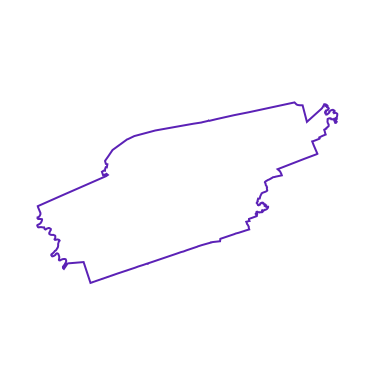 Caldararu, Arges, Romania, rotated 348°
{"feature_id": "2599482B11368679427282", "entity_name": "Caldararu", "entity_type": "district", "adm_level": 2, "iso_a3": "ROU", "parent_name": "Romania", "parent_adm1": "Arges", "projection": "natural_earth1", "projection_center": [24.963, 44.455], "detail": "fine", "context": "isolated", "style": "outline", "palette": "violet", "viewbox_px": 384, "rotation_deg": 348, "n_neighbors": 0, "source": "geoboundaries", "source_scale": "gbopen_adm2", "svg_char_len": 5884}
<svg xmlns="http://www.w3.org/2000/svg" viewBox="0 0 384 384"><g transform="rotate(348 192 192)"><path d="M240.2,240.5L240.1,239.5L240.1,238.9L240.3,237.6L240.2,237.3L240.0,236.8L239.8,235.9L239.6,235.4L239.3,235.0L238.9,232.4L242.2,232.3L242.0,231.6L242.0,230.5L242.1,230.2L250.0,229.1L250.4,229.0L250.5,228.8L250.1,228.1L250.0,227.6L250.3,227.4L250.7,227.7L250.9,227.7L251.1,227.4L251.1,226.1L250.9,225.8L250.6,225.8L250.8,225.6L250.8,225.1L250.9,224.9L251.1,224.8L251.9,224.9L252.2,225.3L252.3,225.6L252.5,225.6L252.9,225.6L253.3,225.7L253.6,226.0L253.9,226.1L254.3,225.9L255.0,226.1L255.5,226.2L256.2,226.3L256.6,226.3L257.1,225.9L257.1,225.6L256.8,225.3L256.6,224.9L256.7,224.5L257.0,224.4L257.3,224.6L257.8,225.3L258.3,225.0L258.9,224.9L259.1,224.6L259.6,224.5L260.2,224.7L261.8,224.2L263.0,223.2L263.4,222.4L263.4,222.2L263.0,222.1L262.3,222.1L261.6,222.0L261.4,221.9L261.4,221.6L261.6,220.9L261.4,220.9L260.9,221.1L260.5,221.0L260.2,220.7L260.4,220.4L260.6,220.4L261.1,219.9L261.2,219.6L261.0,219.4L260.8,219.6L260.7,219.8L260.2,219.9L260.1,219.5L259.9,219.0L259.7,218.4L259.7,217.9L259.5,217.6L259.3,217.4L259.1,217.7L258.7,217.8L258.5,217.7L258.0,217.0L257.9,217.0L257.7,217.2L256.8,217.2L256.7,217.5L256.3,217.7L256.1,217.9L256.1,218.2L255.7,218.6L255.2,218.6L254.5,218.9L253.8,218.5L253.7,217.9L253.5,217.0L253.0,216.2L253.3,215.6L254.1,215.2L254.4,214.9L254.4,213.7L254.9,213.3L255.3,212.2L256.8,212.5L257.1,212.1L257.8,210.5L258.6,209.4L259.4,208.5L259.8,207.8L261.1,207.4L264.0,207.0L265.3,206.6L265.9,206.2L266.0,203.6L266.4,203.0L266.2,202.3L266.2,201.8L265.9,201.3L265.6,200.5L265.7,198.8L265.4,198.2L265.3,197.8L265.3,197.6L265.4,197.4L265.7,197.2L266.7,196.7L267.8,196.4L268.5,196.1L268.9,196.0L269.7,195.9L270.2,195.8L270.6,195.6L270.9,195.6L272.2,195.2L272.4,195.0L273.4,194.8L273.9,194.5L274.3,194.4L276.1,194.5L276.8,194.4L283.3,194.4L283.1,192.8L282.7,191.2L282.4,190.1L280.5,187.5L308.8,182.9L322.1,180.9L322.6,180.7L320.8,171.8L320.1,167.5L321.7,167.4L327.7,166.4L327.9,166.3L328.0,166.2L327.8,165.3L327.8,165.1L331.4,164.2L334.7,163.6L334.5,162.2L334.4,159.2L334.2,158.7L334.4,158.5L334.6,158.4L336.4,158.0L336.4,157.6L336.6,157.4L337.5,157.1L337.7,156.8L338.9,156.3L339.3,156.0L339.7,154.6L339.7,154.3L339.4,153.7L339.4,153.3L339.1,152.4L339.2,151.2L339.2,150.9L339.6,150.1L339.6,149.5L339.9,148.8L341.1,148.5L341.9,148.5L342.2,148.8L342.8,148.7L343.1,148.9L343.1,149.3L343.3,149.8L343.7,149.8L344.1,150.0L344.3,150.1L344.6,150.0L344.8,150.1L345.1,150.3L345.5,150.3L346.1,150.0L346.3,150.4L346.0,151.5L346.1,152.0L346.5,154.2L347.0,154.3L347.1,154.0L347.7,153.6L348.1,153.5L348.2,153.4L348.0,152.9L347.6,152.4L347.6,152.1L347.5,151.8L347.4,151.4L347.7,151.0L347.6,150.8L347.4,150.8L347.3,150.6L347.2,150.2L347.3,150.1L347.8,150.4L348.0,150.3L348.0,149.6L348.2,149.4L348.3,149.4L348.2,149.6L348.4,150.4L348.0,150.7L347.9,150.8L347.9,151.0L348.2,151.0L348.7,150.8L348.9,150.3L349.0,149.3L349.5,148.4L350.2,146.7L350.3,145.6L348.9,144.3L347.4,144.4L347.4,143.9L347.2,143.6L346.9,143.5L346.9,143.4L347.4,143.1L348.0,143.0L348.3,142.1L346.9,140.9L345.3,140.9L343.0,141.8L343.0,142.5L342.9,142.8L340.4,144.2L339.4,144.2L339.2,143.0L338.8,142.9L338.7,142.4L338.7,141.8L338.9,141.7L339.5,141.5L339.8,141.4L339.8,141.1L339.4,140.7L340.0,140.1L340.9,140.2L341.7,139.9L342.6,139.5L343.2,138.6L342.9,138.1L341.7,137.2L341.7,136.9L341.8,136.7L342.2,136.7L342.4,136.6L342.5,136.5L342.5,136.2L342.4,136.2L341.9,136.2L342.2,135.4L342.1,135.2L341.9,135.2L340.9,135.4L341.1,135.1L341.2,134.8L341.2,134.7L340.7,134.8L340.6,134.7L340.8,134.3L340.7,134.0L340.4,133.9L340.0,134.0L339.6,133.7L337.4,136.3L336.3,137.3L320.0,146.7L319.0,147.3L318.2,130.2L315.6,129.6L313.8,129.0L312.5,128.2L310.9,125.7L264.0,125.8L249.0,125.6L231.1,125.8L223.8,126.0L223.1,125.5L222.6,125.8L216.3,125.9L216.0,126.0L207.6,125.5L196.2,125.1L168.9,124.2L147.2,125.3L140.2,127.0L139.6,127.0L123.0,134.4L117.4,139.8L113.5,143.4L113.4,143.8L113.6,146.6L115.0,147.3L113.8,150.2L112.8,149.8L111.9,151.2L111.3,153.1L110.2,152.7L108.1,153.5L108.5,157.0L111.2,156.8L112.1,156.4L113.2,157.8L111.3,158.6L81.3,164.8L63.8,168.4L38.2,173.8L38.2,174.6L39.4,181.0L39.1,182.3L38.3,183.4L37.5,184.2L36.4,184.8L35.7,184.7L35.4,185.5L35.8,186.3L36.5,186.6L37.9,186.8L39.0,187.2L39.5,187.3L39.6,187.8L39.3,188.6L38.6,189.7L37.5,190.9L36.2,191.6L34.2,192.1L33.7,192.4L33.7,193.1L34.1,194.4L34.9,194.8L35.5,194.7L36.1,194.8L36.8,194.9L37.5,195.1L38.7,195.6L40.0,195.9L40.1,196.6L40.1,197.4L40.3,197.7L40.8,198.2L41.4,198.1L42.1,197.7L44.2,197.4L44.9,197.6L45.8,198.4L46.2,198.8L46.1,199.4L45.9,199.9L45.5,200.2L44.9,201.0L43.8,202.4L43.7,203.3L44.6,204.3L46.1,204.9L47.5,205.1L49.0,206.2L49.1,206.4L49.1,206.7L48.9,207.8L48.5,208.8L47.7,209.6L47.9,210.2L48.4,210.4L50.0,210.4L50.7,210.5L51.9,211.1L52.3,211.7L52.4,212.1L52.1,212.3L51.5,212.7L50.4,214.7L50.2,215.2L50.0,216.5L49.7,217.2L49.4,217.9L49.1,218.5L48.3,219.1L47.8,219.8L47.0,220.6L46.1,221.0L45.7,221.1L44.4,222.2L43.1,223.0L42.3,223.4L42.1,223.7L41.9,223.7L41.7,223.7L41.5,223.8L41.2,224.5L41.7,225.7L41.9,225.9L43.3,225.9L44.0,225.6L44.4,225.5L45.2,225.2L45.9,224.4L46.8,224.0L47.2,223.9L47.6,224.1L48.1,224.5L48.4,225.1L48.7,227.6L48.6,228.4L48.3,229.0L48.2,229.7L47.8,230.3L47.7,230.8L47.9,231.2L48.4,231.4L48.8,231.5L50.2,231.0L51.9,230.8L53.4,231.0L54.4,231.5L54.7,232.8L54.4,234.0L53.6,235.1L53.0,235.6L52.7,236.3L51.8,236.9L50.2,238.3L50.0,239.5L50.4,240.2L50.7,240.6L55.2,236.3L55.6,236.1L56.4,236.1L67.4,237.5L71.4,238.0L73.8,259.8L101.9,256.3L120.6,254.2L123.9,253.7L129.2,253.2L133.2,252.7L133.7,253.1L133.9,253.1L134.0,253.0L134.2,252.7L134.3,252.6L137.1,252.3L163.4,249.2L168.9,248.5L171.4,248.4L174.5,247.9L185.7,246.6L186.5,246.4L190.5,246.0L196.7,245.6L200.2,245.4L200.2,245.2L202.2,245.3L209.2,246.0L210.0,243.7L224.6,242.0L226.1,241.7L228.9,241.6L234.9,241.0L236.5,240.8L240.2,240.5Z" fill="none" stroke="#5b21b6" stroke-width="2"/></g></svg>